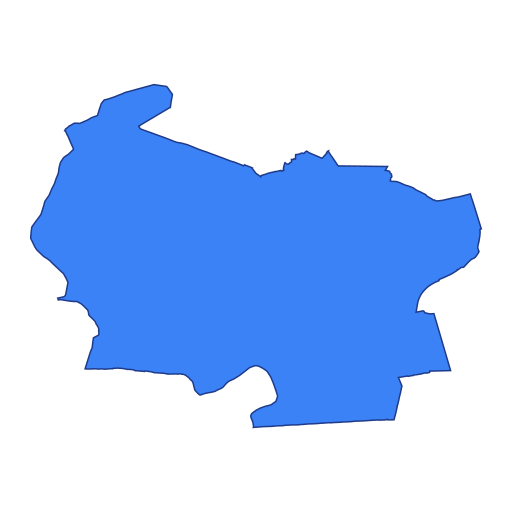 the district of Koggenland, Noord-Holland, Netherlands
{"feature_id": "6326949B66554747402730", "entity_name": "Koggenland", "entity_type": "district", "adm_level": 2, "iso_a3": "NLD", "parent_name": "Netherlands", "parent_adm1": "Noord-Holland", "projection": "natural_earth1", "projection_center": [4.952, 52.648], "detail": "fine", "context": "isolated", "style": "filled", "palette": "blue", "viewbox_px": 512, "rotation_deg": 0, "n_neighbors": 0, "source": "geoboundaries", "source_scale": "gbopen_adm2", "svg_char_len": 5972}
<svg xmlns="http://www.w3.org/2000/svg" viewBox="0 0 512 512"><path d="M194.8,390.0L197.7,393.2L199.5,394.8L200.1,395.0L200.8,394.9L202.9,394.1L205.1,393.4L213.0,391.9L214.9,391.4L217.9,389.8L221.0,388.5L222.3,387.7L223.4,386.8L225.3,384.5L227.7,382.1L229.7,380.8L233.8,379.0L238.2,376.3L240.0,375.1L249.4,367.8L250.2,367.4L254.6,365.8L255.9,365.7L257.2,365.8L258.3,366.1L259.6,366.6L262.7,368.2L266.5,370.8L267.0,371.3L267.8,372.4L270.7,376.9L273.2,382.8L275.7,389.9L277.2,394.6L277.6,396.5L277.5,396.9L276.3,400.1L276.2,400.7L275.9,401.2L275.6,401.6L272.5,403.7L271.5,404.6L269.1,405.4L265.3,406.3L260.2,408.1L255.9,410.4L251.9,413.4L251.1,414.8L250.8,415.9L250.8,416.5L251.3,418.3L253.0,422.6L253.5,426.5L253.6,427.0L253.4,427.4L263.8,426.6L271.1,426.4L277.7,425.8L282.9,425.7L284.2,425.4L287.2,425.2L292.7,424.9L296.9,424.9L299.8,424.7L301.1,424.4L302.8,424.5L304.0,424.3L308.8,423.9L313.0,423.8L318.2,423.5L319.8,423.3L322.7,423.1L323.9,423.1L326.0,422.9L329.0,422.7L331.3,422.8L332.7,422.6L339.4,422.3L344.4,421.9L346.5,421.9L351.6,421.6L354.8,421.2L363.2,420.9L371.9,420.3L376.9,420.0L379.9,420.1L385.9,419.9L386.5,419.4L387.5,419.4L387.8,419.9L394.0,419.8L395.9,412.6L397.2,406.7L397.0,406.0L397.2,405.8L397.3,405.9L397.5,405.4L398.4,401.8L399.5,396.6L400.6,392.3L401.1,389.5L401.9,386.3L401.9,385.9L398.4,377.5L407.6,376.0L407.8,376.1L408.0,376.3L408.3,376.3L411.9,375.6L413.1,375.6L413.7,375.0L415.9,374.8L421.0,374.0L422.3,373.7L423.7,373.1L424.4,373.0L426.2,373.1L429.2,372.6L429.6,372.4L429.7,371.4L429.7,371.1L450.6,370.6L433.9,313.6L429.8,313.9L424.6,312.7L424.5,312.2L423.7,311.0L422.7,310.9L416.1,312.2L417.7,302.8L418.2,300.8L419.1,298.3L420.4,295.6L421.6,293.6L423.2,291.5L425.3,289.2L426.9,287.7L428.5,286.3L431.5,284.3L434.9,282.4L439.0,280.7L439.1,279.5L444.2,277.4L452.0,273.7L456.7,270.7L457.5,270.0L457.3,269.8L458.0,269.4L458.4,269.5L461.1,267.5L463.7,267.2L468.8,261.7L471.5,259.3L473.6,258.4L474.3,258.0L474.9,257.6L476.2,256.1L478.4,252.8L479.0,251.6L478.7,251.3L478.6,250.4L477.9,248.5L477.8,247.7L477.8,246.6L478.1,245.0L479.0,241.2L479.8,236.1L480.1,233.1L480.0,229.3L480.2,229.1L481.3,228.9L475.0,208.5L472.2,199.7L471.9,199.1L470.3,193.9L458.7,196.9L457.2,197.2L454.7,197.5L442.6,200.3L437.8,200.9L435.9,200.9L434.6,200.0L433.0,199.9L432.0,199.0L426.8,196.1L426.8,195.9L426.0,194.9L425.2,194.4L422.6,193.1L421.7,192.6L418.4,191.0L415.9,189.8L413.8,188.2L412.2,187.4L408.4,186.0L405.2,185.1L401.8,183.6L401.1,183.3L400.1,182.8L397.1,181.7L394.8,181.4L393.8,181.3L392.7,181.5L390.2,181.0L390.5,179.8L390.7,178.0L390.9,177.8L391.7,177.1L391.8,176.8L391.8,176.2L391.4,174.1L390.2,173.0L389.9,172.5L389.7,171.5L389.3,171.2L387.0,170.6L385.3,170.4L387.5,166.5L338.1,165.9L333.3,158.7L330.1,154.2L328.6,151.7L328.3,151.1L328.4,150.9L327.9,151.1L326.8,152.2L326.6,152.5L326.8,152.9L326.8,153.1L322.1,158.3L309.0,152.7L307.8,151.8L306.5,151.1L305.3,152.0L303.8,153.5L302.6,153.1L302.2,153.1L300.5,153.4L300.0,153.8L299.3,154.1L297.0,154.5L295.7,154.6L295.5,156.3L295.5,159.0L293.8,158.9L293.7,158.9L293.7,159.3L293.6,159.5L291.4,159.5L291.5,161.7L291.4,162.1L291.1,162.3L290.2,162.7L289.6,163.0L288.4,164.2L288.0,164.3L286.3,163.6L285.4,163.2L285.0,162.7L284.7,163.0L284.4,164.5L283.8,166.2L283.5,168.1L283.4,169.1L283.5,169.5L283.4,169.7L283.9,170.2L283.8,170.4L282.0,171.0L281.3,171.1L280.9,170.4L280.7,170.4L279.6,170.7L276.1,171.6L275.8,171.6L275.4,171.4L273.6,172.0L270.2,172.7L267.4,173.5L266.3,174.0L262.9,175.0L261.6,175.4L261.0,175.7L260.8,176.8L255.8,173.2L252.1,168.2L252.3,167.9L249.9,166.9L244.4,164.8L243.6,165.9L241.2,164.8L234.6,162.2L230.2,160.9L223.2,158.2L209.4,153.1L205.8,151.7L203.4,151.0L197.9,149.0L187.4,144.7L181.5,143.1L177.1,142.4L174.5,141.5L174.0,141.4L171.0,140.1L165.5,138.0L143.1,129.9L140.4,128.8L138.7,126.4L138.8,126.0L139.7,125.7L140.8,124.9L142.2,124.0L169.8,107.6L170.3,107.6L170.9,103.3L172.4,94.6L172.2,94.1L167.2,87.1L166.7,86.6L166.2,86.4L160.5,85.6L154.0,84.6L153.7,84.7L125.7,92.3L121.0,94.3L118.0,95.4L115.0,96.7L108.5,98.9L104.6,99.9L104.1,100.1L101.7,103.0L101.3,103.6L99.3,109.5L98.1,113.5L97.5,115.3L97.2,115.6L91.5,117.7L87.2,120.2L80.0,123.3L79.6,123.4L75.0,123.1L73.4,123.6L72.7,124.2L69.1,126.1L67.6,127.5L65.6,129.0L65.4,129.2L64.9,130.5L64.7,130.8L65.6,131.1L65.6,131.3L67.1,134.7L67.3,135.1L67.5,135.1L70.2,141.5L73.3,148.5L73.4,149.6L72.8,150.0L68.4,154.3L64.9,156.6L64.0,157.3L63.3,158.1L60.8,161.9L60.3,162.9L59.5,165.9L58.9,168.6L58.7,171.3L58.1,173.8L57.0,176.6L56.4,177.9L55.2,181.3L54.8,182.8L53.6,185.4L51.8,188.8L49.2,195.0L48.1,196.7L45.1,201.0L44.8,201.6L44.3,203.2L44.2,204.2L41.1,214.0L40.5,215.1L34.4,223.3L31.9,226.9L31.5,229.0L30.8,236.1L30.7,238.3L34.8,246.8L36.8,249.9L43.7,256.5L46.1,258.0L47.1,258.6L49.9,260.7L52.5,263.4L61.8,272.1L63.2,273.3L64.0,274.5L65.6,277.5L66.0,277.7L66.2,278.6L67.9,282.3L67.9,282.8L65.7,294.4L65.1,295.7L64.2,296.5L63.7,296.8L57.7,298.1L58.3,300.0L60.5,299.6L68.9,301.0L73.7,301.5L76.4,301.5L77.5,301.8L78.2,302.2L81.0,303.7L81.7,304.2L83.0,305.4L87.7,310.0L88.1,311.2L88.6,313.2L88.7,314.4L88.9,315.1L90.0,316.4L93.0,319.2L95.0,321.3L95.8,322.9L96.1,323.9L96.4,324.4L97.3,325.7L98.4,327.7L98.6,328.2L98.7,329.5L98.7,330.9L98.8,331.2L98.7,331.6L98.9,333.2L98.8,334.4L98.5,335.1L98.2,335.3L93.6,337.7L93.4,337.9L93.0,340.9L92.2,347.3L92.1,348.0L90.7,351.1L90.2,352.5L85.1,368.8L86.3,368.9L86.3,369.0L90.4,369.0L93.4,368.9L95.0,368.7L96.0,368.9L98.8,369.1L100.2,368.9L102.3,368.9L105.0,369.2L110.7,368.7L113.1,368.7L113.4,368.3L113.6,368.3L118.1,368.1L122.9,368.5L124.2,368.8L125.9,369.0L127.1,369.4L129.7,369.4L132.8,369.7L134.8,370.4L135.1,370.7L137.7,370.8L140.3,371.1L142.5,371.2L143.6,371.4L144.4,371.5L144.5,371.2L144.9,371.0L146.8,371.2L151.3,371.8L154.3,372.7L155.0,372.7L164.0,373.3L167.9,374.1L170.1,374.0L174.4,374.0L175.4,373.9L178.0,374.1L178.8,374.0L179.6,373.8L180.1,373.8L181.8,374.2L183.3,374.3L185.4,375.1L189.2,378.0L190.5,379.8L191.9,380.8L193.0,382.8L194.8,390.0Z" fill="#3b82f6" stroke="#1e3a8a" stroke-width="1.5"/></svg>